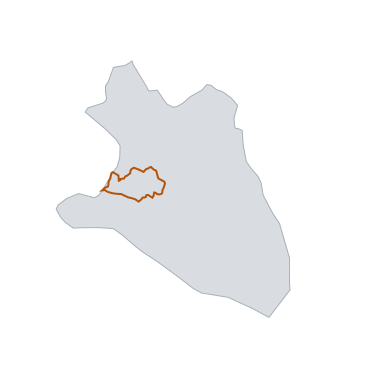 where Kayanza sits in Burundi, rotated 306°
{"feature_id": "BDI-2640", "entity_name": "Kayanza", "entity_type": "Province", "adm_level": 1, "iso_a3": "BDI", "parent_name": "Burundi", "parent_adm1": "", "projection": "natural_earth1", "projection_center": [29.667, -2.994], "detail": "fine", "context": "in_parent", "style": "outline", "palette": "amber", "viewbox_px": 384, "rotation_deg": 306, "n_neighbors": 0, "source": "natural_earth", "source_scale": "10m", "svg_char_len": 1905}
<svg xmlns="http://www.w3.org/2000/svg" viewBox="0 0 384 384"><g transform="rotate(306 192 192)"><path d="M262.7,66.3L260.5,69.6L250.4,93.6L248.4,97.1L249.6,99.3L253.9,103.9L251.3,111.4L250.3,113.4L248.4,120.4L249.5,126.9L251.9,129.3L258.4,132.4L268.3,134.6L279.9,140.0L287.7,141.0L289.5,144.8L289.2,151.8L291.1,157.8L291.1,168.5L288.8,178.0L276.8,182.4L270.7,187.3L269.0,189.7L270.5,192.5L271.3,196.4L260.1,205.8L248.5,218.1L245.7,226.4L243.4,236.2L240.0,242.5L231.2,251.5L222.3,269.7L217.8,281.5L195.8,309.8L176.2,324.0L170.5,328.8L135.8,328.0L133.2,308.9L127.9,282.8L115.9,259.2L114.7,249.4L115.2,230.4L115.3,203.6L114.5,189.3L114.7,178.8L116.2,160.6L116.1,149.7L108.2,137.2L98.4,123.9L93.1,117.3L92.9,112.0L92.9,107.2L94.5,100.1L98.3,92.2L102.6,91.3L113.1,94.4L124.1,101.2L129.9,116.3L134.4,118.5L142.5,118.4L163.2,116.4L168.3,116.7L177.7,113.1L187.1,106.7L189.8,100.1L192.0,85.3L193.9,58.6L198.7,58.3L211.8,67.8L214.6,68.4L217.3,68.1L221.9,63.4L227.4,59.5L231.5,59.6L246.7,55.2L254.8,63.2L260.0,65.7L262.7,66.3Z" fill="#d9dde1" stroke="#a8b0b8" stroke-width="1"/><path d="M159.6,115.8L160.4,115.8L161.6,116.3L161.6,117.1L162.1,122.8L158.1,126.2L159.4,127.0L160.6,126.6L163.0,129.1L164.3,128.9L165.6,128.9L166.8,129.8L170.8,131.0L173.0,129.7L175.2,129.6L177.5,130.8L178.7,135.1L179.8,141.0L183.8,141.5L185.3,142.7L187.0,143.3L188.2,144.2L187.8,145.9L187.7,148.2L188.2,150.4L183.2,156.7L184.1,163.6L182.9,165.2L181.2,165.8L178.6,166.6L175.9,167.1L174.6,168.1L172.9,168.5L170.9,167.2L169.8,164.9L170.0,163.0L169.3,161.7L166.6,163.0L164.1,163.3L163.8,158.1L162.4,156.9L160.7,157.6L159.6,156.8L158.6,155.4L155.9,155.3L152.9,154.5L152.7,150.2L151.3,146.0L150.2,143.7L148.7,135.9L145.9,131.5L144.0,127.8L142.6,123.9L142.3,120.3L140.4,118.3L144.4,119.1L146.9,120.8L149.0,120.0L151.1,118.5L153.5,118.1L154.6,118.1L155.5,117.7L156.3,117.2L159.6,115.8Z" fill="none" stroke="#b45309" stroke-width="2"/></g></svg>